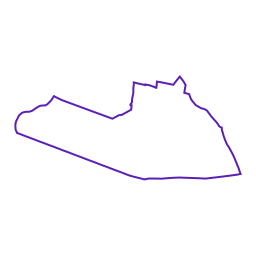 outline of Almoloya del Río, México, Mexico
{"feature_id": "50627088B78857077813520", "entity_name": "Almoloya del Río", "entity_type": "district", "adm_level": 2, "iso_a3": "MEX", "parent_name": "Mexico", "parent_adm1": "México", "projection": "equal_earth", "projection_center": [-99.49, 19.16], "detail": "fine", "context": "isolated", "style": "outline", "palette": "violet", "viewbox_px": 256, "rotation_deg": 0, "n_neighbors": 0, "source": "geoboundaries", "source_scale": "gbopen_adm2", "svg_char_len": 2825}
<svg xmlns="http://www.w3.org/2000/svg" viewBox="0 0 256 256"><path d="M152.5,178.5L154.0,178.5L156.9,178.6L157.9,178.6L161.1,178.7L163.6,178.5L163.9,178.5L165.9,178.3L167.3,178.2L167.7,178.2L168.5,178.1L168.9,178.1L169.9,178.0L171.4,177.9L173.4,177.8L175.6,177.7L176.0,177.7L177.9,177.6L179.7,177.5L180.2,177.6L180.5,177.6L183.5,177.7L186.1,177.8L189.2,177.9L190.7,178.0L192.3,178.0L195.6,178.1L196.3,178.2L196.8,178.2L198.3,178.2L200.0,178.3L202.2,178.4L203.8,178.5L205.3,178.5L205.7,178.6L206.4,178.5L207.9,178.3L208.2,178.3L210.0,178.0L210.5,178.0L211.6,177.9L212.0,177.8L212.7,177.7L213.4,177.7L214.9,177.5L216.7,177.3L217.4,177.2L218.2,177.1L219.8,176.9L220.7,176.8L222.8,176.5L223.4,176.5L224.0,176.4L225.9,176.1L228.0,175.9L231.0,175.5L236.9,174.7L240.6,173.9L240.1,172.8L238.7,168.5L236.7,163.5L236.0,161.8L235.5,160.6L235.0,159.3L233.4,155.7L232.2,153.3L231.7,152.3L231.3,151.6L230.8,150.7L230.0,149.2L228.7,147.0L228.3,146.2L228.0,145.8L227.6,145.4L227.1,144.4L226.5,143.4L225.0,139.8L223.8,136.4L223.4,135.1L223.3,134.8L223.0,133.5L222.9,133.2L221.9,130.1L221.8,127.6L221.0,127.4L219.3,126.4L219.1,126.1L218.2,124.6L216.4,122.1L213.9,119.4L213.0,118.4L210.7,115.7L209.8,114.4L208.4,112.5L206.9,110.5L205.5,109.7L204.0,108.9L201.3,108.3L197.9,106.4L195.5,104.9L195.4,104.7L192.9,101.7L191.0,99.2L189.2,94.4L189.2,94.2L184.3,92.8L185.1,87.8L185.6,85.1L183.5,81.4L179.8,76.6L179.5,76.9L175.0,82.5L173.3,84.8L170.1,84.1L163.1,82.7L160.7,82.2L157.0,81.6L156.7,84.4L156.3,87.8L155.7,87.7L154.8,87.2L153.0,86.5L151.1,85.8L150.5,85.6L149.9,85.4L149.2,85.2L145.3,84.5L145.2,85.1L143.5,84.7L138.7,83.6L137.0,83.2L133.8,82.4L133.8,84.3L133.6,85.9L133.3,88.4L133.4,89.2L133.3,91.8L133.3,92.8L133.2,93.6L132.0,99.6L132.0,100.6L132.0,102.3L130.5,104.3L130.4,104.8L130.5,105.2L130.8,105.5L131.1,105.4L131.6,105.4L131.2,109.7L121.7,114.9L118.9,115.2L112.4,118.7L86.8,109.3L61.3,99.9L60.5,99.4L59.6,99.0L58.5,98.5L56.7,97.6L55.1,96.8L54.0,96.1L53.9,96.2L52.7,98.0L51.7,99.7L50.3,101.3L48.9,102.7L47.5,104.1L45.7,105.3L44.4,105.4L42.8,105.5L41.2,105.6L39.7,106.0L38.1,106.8L35.6,108.4L31.9,110.9L29.7,111.6L28.1,111.8L27.0,111.7L25.3,111.9L23.4,112.3L21.7,113.1L20.3,114.3L19.0,115.5L16.2,121.1L15.7,122.7L15.4,124.2L15.4,127.1L15.6,129.5L16.4,131.5L17.3,132.8L17.2,133.0L21.0,134.4L25.3,136.1L28.6,137.3L31.9,138.6L35.2,139.8L38.7,141.2L42.3,142.5L45.8,143.8L49.4,145.2L52.7,146.4L56.1,147.7L59.5,149.0L62.8,150.3L66.2,151.5L69.6,152.8L72.9,154.1L76.3,155.4L79.6,156.6L83.0,157.9L86.4,159.2L89.7,160.5L93.1,161.7L96.5,163.0L99.8,164.3L103.2,165.6L106.6,166.8L109.9,168.1L113.3,169.4L116.7,170.7L120.0,171.9L123.4,173.2L126.7,174.5L130.1,175.7L133.7,176.7L137.4,177.6L141.0,178.5L141.6,178.6L143.5,179.2L144.2,179.4L147.0,178.9L147.3,178.8L149.5,178.5L151.5,178.5L152.5,178.5Z" fill="none" stroke="#5b21b6" stroke-width="2"/></svg>